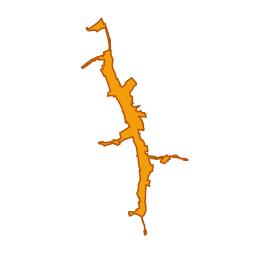 the district of Balan, Harghita, Romania, rotated 195°
{"feature_id": "2599482B6539282890609", "entity_name": "Balan", "entity_type": "district", "adm_level": 2, "iso_a3": "ROU", "parent_name": "Romania", "parent_adm1": "Harghita", "projection": "orthographic", "projection_center": [25.807, 46.657], "detail": "fine", "context": "isolated", "style": "filled", "palette": "amber", "viewbox_px": 256, "rotation_deg": 195, "n_neighbors": 0, "source": "geoboundaries", "source_scale": "gbopen_adm2", "svg_char_len": 5863}
<svg xmlns="http://www.w3.org/2000/svg" viewBox="0 0 256 256"><g transform="rotate(195 128 128)"><path d="M85.1,33.0L85.8,32.5L85.0,30.9L84.5,29.5L84.1,29.1L83.0,29.9L83.3,30.5L83.4,30.9L83.2,31.2L83.3,31.6L83.1,32.0L83.4,32.6L83.7,32.7L84.2,33.5L84.4,33.3L85.0,34.3L85.8,35.3L86.2,36.1L86.4,37.1L86.8,38.4L88.1,39.6L89.1,41.6L91.2,44.6L91.1,46.1L90.0,48.2L89.4,50.7L89.5,53.8L91.0,58.0L92.4,60.9L92.9,64.0L94.7,71.6L95.1,73.9L95.9,77.2L95.3,77.2L95.3,77.5L93.4,77.9L92.3,77.2L92.1,77.3L92.1,77.6L93.1,78.3L93.1,81.9L93.3,82.8L95.8,82.6L95.8,87.9L95.0,88.9L95.3,90.1L95.0,91.4L94.3,91.6L93.1,92.8L93.6,94.0L93.7,96.9L93.9,97.6L94.3,98.8L95.4,98.4L96.6,98.3L96.9,99.2L97.5,99.6L98.2,100.9L99.0,101.9L100.1,103.9L98.8,104.6L97.5,105.0L96.4,105.1L94.7,105.0L92.3,105.3L89.6,106.6L88.7,106.9L87.5,107.6L86.3,108.4L86.2,107.9L86.6,107.6L86.7,107.2L87.4,105.9L87.7,104.6L87.5,103.5L84.2,103.1L83.4,103.3L83.2,104.3L80.8,106.7L81.2,107.3L79.5,108.8L80.2,109.1L79.7,110.3L78.9,111.2L78.0,111.7L76.1,111.6L73.6,112.1L72.6,112.4L68.8,112.0L66.1,112.5L65.9,111.5L62.6,112.0L62.0,112.3L61.9,112.7L62.4,112.9L63.7,112.9L64.1,113.1L64.1,113.3L64.4,113.3L64.8,113.1L65.4,113.1L67.4,112.7L68.1,112.3L71.5,112.8L73.3,113.7L74.9,114.1L76.1,113.6L78.1,112.3L79.8,111.3L79.9,111.7L82.2,111.0L83.2,111.1L83.3,111.2L83.2,111.7L84.0,111.4L84.7,110.7L85.4,109.4L85.5,109.0L86.9,108.7L87.2,109.5L90.4,107.8L90.2,107.5L92.4,106.6L93.5,106.4L93.6,107.1L94.4,107.0L94.4,107.3L95.9,107.0L97.4,107.0L97.5,106.6L98.0,106.6L98.0,106.9L99.2,106.7L100.5,106.3L101.9,105.8L102.3,107.7L102.6,108.3L103.8,107.7L103.9,107.8L104.4,107.7L105.4,109.8L104.1,110.2L102.9,110.4L102.9,110.7L104.0,113.5L105.0,115.6L105.3,115.7L106.7,114.9L107.6,116.3L108.3,117.7L111.0,120.3L111.6,119.9L111.9,120.3L112.8,120.5L113.5,121.1L113.3,121.5L113.8,121.8L114.0,122.5L114.7,123.6L115.0,124.3L115.2,125.8L116.3,125.3L117.0,127.5L117.8,129.1L116.2,129.8L115.3,129.3L114.4,129.6L112.7,129.5L112.1,131.0L113.0,131.3L113.2,132.6L114.6,136.0L114.4,136.1L115.6,137.5L116.4,138.8L116.6,139.1L117.0,138.7L118.8,141.4L120.3,141.8L120.9,141.7L120.8,142.0L117.5,142.4L114.4,143.3L113.5,143.2L114.1,144.2L114.2,145.5L114.4,145.9L115.5,145.8L116.2,147.0L118.7,146.0L120.0,148.0L120.5,147.5L121.5,147.1L122.3,146.1L123.1,146.5L125.0,146.9L124.9,149.1L124.5,149.9L122.8,151.9L122.6,152.4L127.9,149.7L130.1,151.2L131.1,151.3L131.5,151.8L129.5,153.1L130.7,154.2L131.3,155.0L130.5,155.7L131.4,157.3L132.1,159.7L133.1,159.3L134.7,160.6L135.3,162.0L134.8,163.2L135.2,164.1L134.2,165.4L133.7,166.4L133.3,168.7L132.4,170.5L131.4,171.6L131.4,172.3L131.6,173.6L134.0,175.1L134.8,175.5L137.3,177.5L140.5,173.6L142.2,170.9L141.5,170.3L141.7,169.8L143.0,167.5L143.7,166.9L144.4,166.1L145.6,166.3L146.4,166.6L146.1,166.9L146.6,167.8L151.0,173.1L152.0,172.5L152.6,173.5L154.4,177.0L158.1,181.7L159.3,184.1L159.6,184.7L160.1,189.9L163.0,193.8L164.2,196.1L164.3,198.4L165.7,198.5L165.4,199.5L166.1,202.1L167.4,205.7L167.8,208.3L171.2,212.8L171.7,214.1L172.2,215.0L177.1,222.6L177.5,223.1L177.7,222.9L178.4,222.1L181.9,226.9L182.6,226.1L182.8,225.3L183.6,223.4L184.8,221.6L189.9,215.1L192.2,213.2L192.8,213.5L193.5,214.4L194.1,213.6L192.5,212.1L191.9,211.8L191.5,212.0L190.6,211.9L190.0,212.0L188.6,212.9L187.6,213.2L187.3,213.5L185.8,213.6L184.6,214.3L182.8,213.0L181.0,215.4L178.4,217.7L175.9,218.9L170.2,209.1L167.2,202.3L166.7,200.3L166.7,198.3L171.1,194.8L170.5,193.6L169.8,192.9L170.2,192.5L171.0,192.1L170.5,191.0L171.6,191.1L172.4,190.9L173.1,190.6L175.1,188.8L175.5,189.1L176.9,188.0L176.9,187.9L178.2,186.6L178.3,186.7L179.3,185.8L181.2,184.5L182.2,182.7L183.7,181.2L183.3,180.9L184.1,179.2L184.9,179.7L186.5,177.2L188.5,174.7L187.3,173.9L186.7,174.4L186.1,175.1L184.9,176.7L184.2,177.2L183.2,178.8L181.4,180.5L180.5,182.3L179.2,183.9L179.0,183.7L177.1,184.7L177.2,185.1L175.7,186.5L175.6,186.4L173.6,187.2L173.5,186.3L169.9,187.4L169.3,187.7L168.3,187.8L167.8,185.6L168.3,185.4L167.1,182.4L169.1,181.7L167.6,178.6L169.5,177.5L169.0,176.5L167.8,175.6L165.0,172.4L164.2,171.8L163.3,172.3L157.3,163.5L154.5,159.0L156.3,156.8L155.8,153.6L151.9,155.3L151.4,155.6L149.8,154.4L148.3,155.8L148.2,155.8L146.1,153.1L144.1,151.5L141.7,148.9L137.0,142.7L137.4,142.4L137.2,142.2L136.8,142.4L136.0,141.0L134.7,139.4L134.9,139.3L134.8,139.2L134.6,139.3L134.5,139.1L133.2,136.0L132.3,134.5L132.5,134.3L132.2,133.7L132.2,133.3L132.1,132.8L131.4,132.6L131.1,132.3L130.7,132.9L130.8,133.1L130.6,133.2L130.6,133.4L128.1,131.3L127.5,130.2L126.8,129.6L127.5,128.7L134.6,120.9L133.8,119.4L132.2,116.7L133.4,115.3L133.1,114.7L137.3,112.6L137.7,112.6L138.4,113.2L139.0,112.7L138.5,112.0L139.1,111.6L140.1,110.6L140.4,110.9L141.2,110.0L141.9,109.6L143.0,109.3L143.8,108.8L147.5,107.7L147.9,107.7L148.3,108.2L149.6,107.9L151.6,106.9L152.5,106.6L152.2,105.9L151.7,105.3L149.8,105.8L148.7,105.7L146.8,105.2L146.2,104.5L143.7,106.3L142.1,107.1L138.3,109.7L136.9,108.9L135.5,109.6L134.4,108.6L133.0,109.2L131.7,110.6L133.4,112.1L132.6,112.4L131.5,112.3L131.6,112.6L129.9,114.0L129.1,115.6L128.9,115.8L128.5,116.1L128.4,115.9L127.3,116.6L126.1,117.5L123.1,119.6L122.1,119.9L121.3,120.6L120.7,120.5L120.6,119.9L119.0,116.7L118.9,116.1L118.5,116.2L115.6,112.6L114.9,111.5L112.2,105.8L112.1,102.9L110.5,102.7L109.9,100.0L107.3,93.6L106.3,92.0L105.7,91.2L104.8,90.6L106.0,89.7L103.1,82.3L102.9,80.8L102.9,79.3L103.3,76.6L103.1,75.3L102.2,72.4L102.1,71.2L102.3,68.4L102.5,67.2L101.8,66.1L99.5,63.2L99.0,63.5L97.2,60.2L97.4,59.6L97.9,59.8L98.2,59.7L98.4,59.2L98.2,58.3L98.5,58.3L97.6,56.7L96.3,54.0L96.4,53.5L96.8,53.0L97.5,52.7L98.9,51.3L98.3,50.7L100.1,48.5L102.2,48.1L103.9,47.7L105.4,47.1L105.2,46.8L105.2,46.5L104.8,46.2L105.1,45.5L105.1,45.3L103.8,43.6L102.5,44.1L102.1,44.5L101.3,45.7L100.0,46.8L98.0,47.0L95.4,46.8L93.8,46.3L91.7,45.5L90.9,43.5L88.4,39.7L87.3,38.6L86.7,37.4L85.7,34.5L85.6,33.9L85.1,33.0Z" fill="#f59e0b" stroke="#b45309" stroke-width="1.5"/></g></svg>